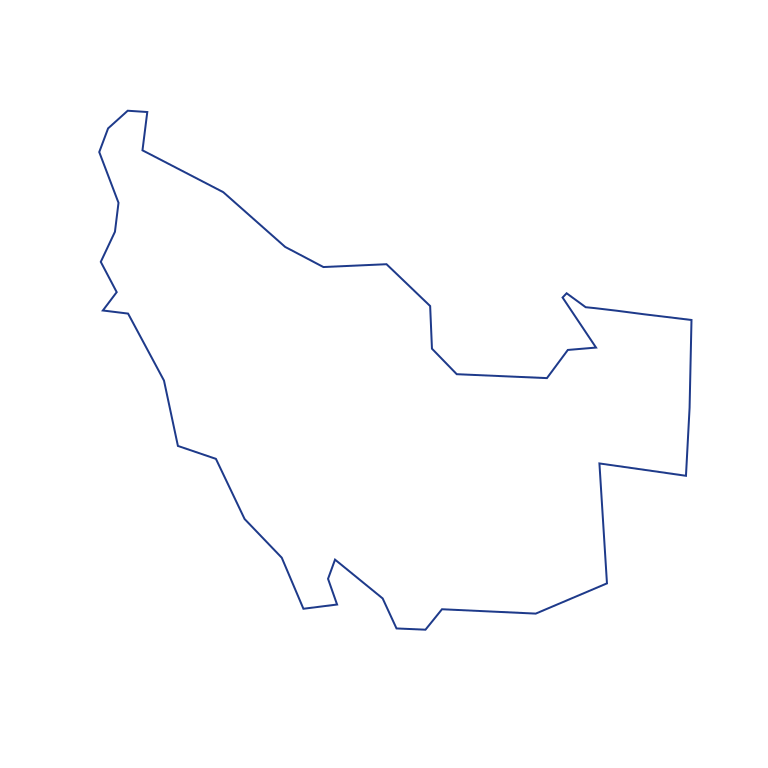 Longochuk, Upper Nile, South Sudan, rotated 7°
{"feature_id": "79223893B31888405901503", "entity_name": "Longochuk", "entity_type": "district", "adm_level": 2, "iso_a3": "SSD", "parent_name": "South Sudan", "parent_adm1": "Upper Nile", "projection": "albers", "projection_center": [33.507, 9.303], "detail": "fine", "context": "isolated", "style": "outline", "palette": "blue", "viewbox_px": 768, "rotation_deg": 7, "n_neighbors": 0, "source": "geoboundaries", "source_scale": "gbopen_adm2", "svg_char_len": 721}
<svg xmlns="http://www.w3.org/2000/svg" viewBox="0 0 768 768"><g transform="rotate(7 384 384)"><path d="M694.9,438.3L690.2,370.3L681.4,283.0L634.2,283.1L606.0,282.9L584.0,283.0L574.8,283.2L554.2,271.7L550.7,276.4L590.0,322.0L562.3,327.8L545.0,358.3L455.0,365.4L427.3,343.1L420.3,301.0L371.9,264.8L309.6,275.3L269.2,260.0L201.1,213.2L115.8,181.5L115.9,142.9L96.3,144.0L79.0,163.9L73.1,188.5L98.4,236.5L98.4,265.7L88.0,297.3L107.5,325.4L96.0,345.3L121.4,345.3L165.2,407.4L187.0,470.6L226.3,478.8L262.1,535.0L303.7,568.9L331.4,616.9L364.3,608.6L352.2,584.2L356.8,564.3L408.8,597.0L426.2,625.1L455.1,622.8L469.0,600.5L562.6,593.4L629.6,554.7L607.5,436.6L694.9,438.3Z" fill="none" stroke="#1e3a8a" stroke-width="2"/></g></svg>